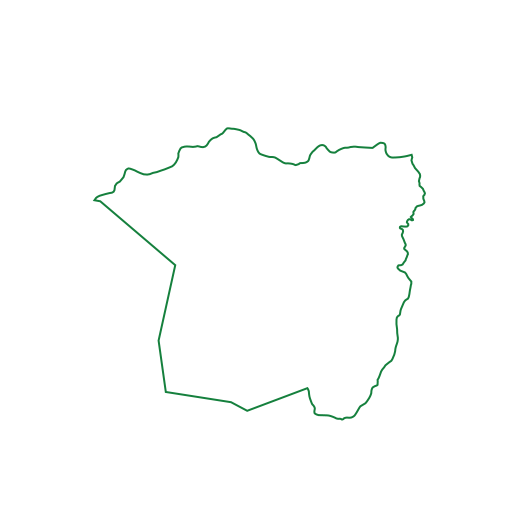 outline of Concepcion del Norte, Santa Bárbara, Honduras, rotated 208°
{"feature_id": "27666195B83533862193287", "entity_name": "Concepcion del Norte", "entity_type": "district", "adm_level": 2, "iso_a3": "HND", "parent_name": "Honduras", "parent_adm1": "Santa Bárbara", "projection": "mercator", "projection_center": [-88.152, 15.199], "detail": "fine", "context": "isolated", "style": "outline", "palette": "green", "viewbox_px": 512, "rotation_deg": 208, "n_neighbors": 0, "source": "geoboundaries", "source_scale": "gbopen_adm2", "svg_char_len": 6078}
<svg xmlns="http://www.w3.org/2000/svg" viewBox="0 0 512 512"><g transform="rotate(208 256 256)"><path d="M424.8,229.4L419.2,231.2L323.0,210.0L302.3,135.6L271.8,93.6L209.4,115.2L191.1,115.2L148.6,163.4L148.0,163.1L147.3,162.6L145.9,161.4L144.1,158.7L142.9,157.1L141.5,155.6L139.2,153.5L137.8,152.3L136.9,151.6L136.5,151.4L135.2,151.0L134.6,150.7L133.6,150.1L132.9,149.5L132.6,149.1L132.3,148.6L132.2,148.2L132.0,147.6L131.8,147.0L131.6,146.4L131.4,146.0L130.7,144.9L130.1,144.6L129.2,144.5L128.1,144.5L127.0,144.7L126.0,144.9L125.2,145.3L120.8,147.5L118.1,148.8L117.1,149.2L116.1,149.5L114.6,149.8L112.7,150.1L110.6,150.3L108.9,150.3L108.5,150.4L107.6,150.6L106.7,151.0L105.5,151.7L104.8,151.9L104.4,152.0L103.7,151.9L103.3,152.0L102.9,152.3L102.6,152.7L102.3,153.1L102.1,153.8L102.0,154.2L101.6,154.6L101.1,155.1L100.2,155.8L99.7,156.1L98.1,156.8L97.2,157.3L96.3,157.9L95.9,158.3L95.4,158.9L95.0,159.5L94.6,160.1L94.4,160.6L94.1,161.3L94.0,161.9L93.9,162.6L93.7,165.0L93.5,170.7L93.4,171.5L93.3,172.2L93.1,172.6L90.4,177.1L90.2,177.5L90.1,178.1L89.8,179.6L89.6,181.5L89.4,183.6L89.4,185.8L89.5,187.0L89.7,188.3L89.8,188.9L90.6,190.7L91.0,191.8L91.3,193.4L91.3,194.1L91.2,194.8L90.8,195.5L90.0,196.8L88.8,198.1L88.4,198.7L88.2,199.3L89.7,202.5L90.5,203.7L90.4,205.6L90.6,207.9L90.9,210.1L91.3,212.7L91.2,215.0L90.6,217.9L90.4,220.2L89.7,221.9L88.4,224.9L87.3,227.0L87.2,229.3L87.4,231.4L87.6,233.8L88.1,235.9L88.5,237.4L89.2,239.1L89.7,240.7L90.1,242.6L90.4,244.6L90.8,246.7L91.5,248.7L92.3,250.3L95.1,254.2L97.0,257.5L100.0,261.8L102.1,265.8L102.7,267.7L102.6,268.8L102.3,269.8L101.6,270.9L101.5,272.0L102.8,275.8L103.1,277.5L103.7,284.6L103.4,286.8L102.7,288.2L101.8,289.7L101.9,291.6L102.7,294.4L103.9,297.7L104.8,300.7L105.6,303.1L105.8,304.3L106.9,306.4L108.0,306.8L111.1,308.1L112.9,309.2L115.0,310.7L116.8,311.4L121.8,310.8L124.5,311.5L125.6,312.1L126.0,313.2L125.8,314.6L123.6,316.0L122.6,317.3L122.5,318.6L122.4,319.8L121.9,322.3L122.2,323.5L122.4,326.1L122.7,327.8L122.7,328.9L123.3,329.8L123.7,330.3L124.9,331.0L126.1,331.3L126.8,331.4L128.5,331.9L128.9,332.6L128.8,335.6L129.4,336.6L130.6,337.4L133.7,340.1L135.5,341.4L136.6,342.3L137.3,343.5L137.3,345.1L137.7,346.8L138.6,348.0L139.8,348.3L141.2,348.1L141.7,348.1L142.2,348.4L142.5,349.4L141.9,350.3L141.2,350.7L140.3,351.0L138.5,351.8L137.0,352.6L136.2,353.3L136.0,354.7L136.6,355.7L137.7,356.1L138.6,356.6L138.9,357.5L138.8,358.5L138.8,359.1L138.1,360.4L136.7,360.7L135.0,360.7L134.3,361.5L134.7,362.1L135.4,362.4L136.6,362.7L137.0,362.8L137.6,363.1L137.3,364.2L136.8,365.3L136.6,367.1L137.7,368.7L137.7,369.7L137.4,370.5L137.3,372.0L137.7,373.2L137.2,375.4L136.4,376.3L134.9,377.6L133.5,379.0L132.5,381.1L132.4,382.4L133.2,383.5L135.1,385.1L136.4,387.3L136.2,388.5L136.0,389.0L136.3,390.7L137.5,391.7L138.5,392.3L140.2,393.7L142.6,394.4L144.4,394.7L145.2,395.8L145.7,396.9L146.2,397.5L147.3,398.6L148.1,401.4L148.2,402.7L148.7,403.9L149.8,405.3L152.3,406.6L155.0,407.6L156.9,408.3L159.5,410.1L161.1,410.9L163.6,413.4L164.1,415.2L164.3,416.4L166.1,418.4L169.5,415.3L171.3,413.8L172.9,412.6L175.2,410.9L178.9,408.6L181.0,407.4L181.9,406.9L182.5,406.7L183.1,406.5L183.9,406.4L184.7,406.3L185.5,406.4L186.1,406.5L186.8,406.7L188.0,407.3L188.7,407.6L189.6,408.3L190.2,408.9L190.6,409.3L191.4,410.3L191.9,411.2L192.5,412.7L193.2,413.8L194.0,414.7L194.6,415.2L195.1,415.4L195.4,415.5L195.7,415.5L196.1,415.5L196.7,415.4L197.4,415.2L198.9,414.6L199.3,414.4L199.6,414.1L200.2,413.3L200.7,412.5L201.5,411.0L203.1,407.7L203.8,406.2L205.2,405.5L211.3,402.7L215.5,400.8L216.6,400.3L218.5,399.6L219.8,399.1L220.9,398.5L222.2,397.6L223.7,396.6L225.2,395.2L225.9,394.7L226.7,394.2L228.2,393.4L228.7,393.0L229.5,392.3L230.3,391.4L231.0,390.6L232.5,388.6L233.7,386.5L234.3,385.1L234.6,384.7L234.9,384.3L235.5,384.0L236.3,383.6L237.6,383.1L238.8,382.8L239.4,382.8L240.0,382.8L240.5,383.0L242.1,383.5L243.1,383.9L244.2,384.3L245.3,385.0L245.7,385.2L246.2,385.3L246.6,385.4L247.5,385.5L248.2,385.5L249.3,385.2L250.0,384.8L250.8,384.2L251.4,383.6L252.1,382.5L252.6,381.5L253.0,380.5L253.8,377.9L254.1,376.8L254.7,375.3L255.0,374.5L255.1,373.8L255.4,372.0L255.5,370.6L255.4,369.6L254.8,367.2L254.5,365.4L254.5,364.9L254.5,364.6L254.6,364.2L254.8,363.8L255.1,363.2L255.6,362.4L256.1,361.8L256.6,361.3L257.7,360.5L258.9,359.7L260.2,359.0L260.7,358.6L261.0,358.2L261.3,357.4L261.6,357.0L263.4,355.1L263.7,354.9L263.9,354.8L264.4,354.7L265.2,354.7L266.0,354.6L267.1,354.4L269.2,353.7L270.6,353.1L271.3,352.8L272.7,352.0L273.3,351.7L274.0,351.5L274.7,351.4L275.5,351.3L276.5,351.3L282.5,351.8L284.6,351.9L285.3,351.9L286.3,351.7L287.5,351.3L288.6,350.8L290.1,350.0L291.2,349.6L294.4,348.9L296.1,348.6L298.7,348.2L299.8,348.1L300.9,348.1L301.7,348.4L302.6,348.8L303.4,349.3L304.6,350.2L305.8,351.3L306.7,352.3L308.0,353.9L309.1,355.1L310.2,356.0L311.1,356.7L311.8,357.2L313.0,357.9L313.5,358.1L314.3,358.4L315.5,358.7L317.3,359.2L319.7,359.6L321.8,360.1L322.6,360.2L323.4,360.2L324.4,360.0L325.5,359.7L326.1,359.8L326.8,359.7L328.6,359.7L329.8,359.5L330.6,359.3L333.1,358.6L335.3,357.9L335.9,357.6L337.1,357.0L339.9,356.0L340.6,355.6L341.0,355.4L341.3,355.2L341.5,354.9L341.8,354.2L342.2,353.0L342.9,349.3L343.1,348.7L343.4,348.0L343.7,347.5L344.3,346.9L344.5,346.5L345.4,344.7L346.5,342.6L346.8,342.2L348.0,341.2L349.2,339.9L349.6,339.3L350.2,338.1L350.7,336.7L351.2,334.7L351.2,333.9L351.2,332.7L351.5,330.4L352.3,328.7L353.9,327.2L355.9,326.4L357.7,326.0L359.3,325.5L360.6,324.3L362.9,322.7L366.3,321.3L368.6,320.2L370.4,319.0L372.5,317.0L373.1,315.6L373.1,312.9L372.7,310.0L371.9,308.8L371.0,306.9L370.7,304.1L370.7,301.0L371.2,298.2L372.1,295.9L374.1,293.4L377.4,289.5L379.9,286.9L383.0,283.5L386.0,281.0L388.2,278.4L390.3,276.8L393.5,275.4L397.2,274.9L400.4,274.7L403.2,274.7L405.6,274.4L408.1,274.0L409.6,273.5L410.4,272.6L411.2,270.8L411.1,269.1L410.5,266.5L410.0,263.4L410.6,260.4L411.2,257.7L412.3,256.1L413.1,254.6L413.2,253.4L413.4,251.7L412.5,249.3L411.9,247.7L411.9,245.9L412.9,244.3L415.1,242.6L418.0,240.0L420.4,237.7L422.4,235.7L423.8,233.7L424.5,232.1L424.8,229.4Z" fill="none" stroke="#15803d" stroke-width="2"/></g></svg>